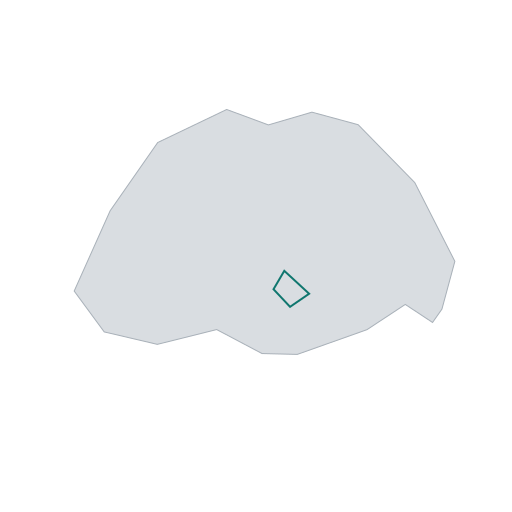 where Quatre Bornes sits in Mauritius, rotated 239°
{"feature_id": "MUS-5191", "entity_name": "Quatre Bornes", "entity_type": "City", "adm_level": 1, "iso_a3": "MUS", "parent_name": "Mauritius", "parent_adm1": "", "projection": "albers", "projection_center": [57.476, -20.27], "detail": "fine", "context": "in_parent", "style": "outline", "palette": "teal", "viewbox_px": 512, "rotation_deg": 239, "n_neighbors": 0, "source": "natural_earth", "source_scale": "10m", "svg_char_len": 514}
<svg xmlns="http://www.w3.org/2000/svg" viewBox="0 0 512 512"><g transform="rotate(239 256 256)"><path d="M315.9,411.2L237.1,429.9L149.0,423.7L114.7,388.0L108.1,373.1L137.6,359.0L135.7,313.2L150.4,240.7L169.3,210.9L213.2,184.4L231.1,125.9L269.1,86.8L319.6,82.1L369.9,154.3L403.9,230.2L396.7,306.3L362.0,334.1L350.5,378.0L315.9,411.2Z" fill="#d9dde1" stroke="#a8b0b8" stroke-width="1"/><path d="M196.3,282.1L194.9,259.0L218.5,253.9L228.7,272.6L196.3,282.1Z" fill="none" stroke="#0f766e" stroke-width="2"/></g></svg>